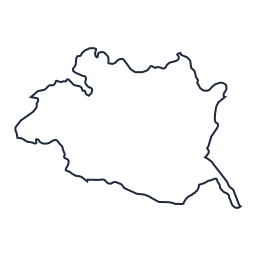 SVG path tracing the border of Évora
{"feature_id": "PRT-744", "entity_name": "Évora", "entity_type": "District", "adm_level": 1, "iso_a3": "PRT", "parent_name": "Portugal", "parent_adm1": "", "projection": "mercator", "projection_center": [-7.866, 38.601], "detail": "fine", "context": "isolated", "style": "outline", "palette": "slate", "viewbox_px": 256, "rotation_deg": 0, "n_neighbors": 0, "source": "natural_earth", "source_scale": "10m", "svg_char_len": 3754}
<svg xmlns="http://www.w3.org/2000/svg" viewBox="0 0 256 256"><path d="M224.7,97.2L218.1,102.6L217.9,103.3L216.6,105.8L216.1,107.2L215.1,113.6L214.8,117.9L214.9,119.8L215.1,121.3L215.8,122.5L216.8,123.0L217.7,123.7L218.1,125.1L217.3,127.7L211.2,136.7L208.5,146.1L207.1,148.3L208.8,150.8L208.6,152.9L207.2,155.0L205.1,157.3L207.1,158.3L211.3,161.4L226.8,181.4L227.4,182.5L228.4,185.0L229.0,186.1L230.0,187.2L232.5,189.1L233.3,189.9L239.2,205.1L240.6,206.4L240.0,206.7L239.1,207.4L237.6,207.9L235.5,207.7L233.7,206.5L232.4,205.2L231.1,202.5L230.7,201.1L229.1,197.3L228.9,196.0L228.5,194.7L227.6,193.8L223.8,192.0L220.8,189.0L220.1,187.7L219.9,186.3L219.5,184.9L218.9,183.6L218.2,182.6L217.6,181.8L217.3,181.1L217.2,180.2L217.0,179.7L216.6,178.9L215.5,178.7L214.4,178.8L210.6,180.4L209.7,180.4L208.4,180.8L203.7,183.4L199.1,184.7L198.8,185.9L198.7,187.2L198.0,189.0L197.0,190.7L195.5,191.8L195.0,192.7L192.6,193.9L192.4,194.5L188.2,196.7L185.7,199.3L183.8,202.4L183.5,203.7L181.9,204.0L175.3,203.9L172.1,202.8L169.2,202.2L159.6,202.0L157.5,201.3L148.2,196.0L144.3,194.6L136.9,193.8L124.5,188.2L121.2,184.2L116.9,182.5L115.6,182.1L114.0,182.0L110.7,183.7L109.5,183.7L108.1,183.3L106.6,182.1L104.8,180.2L104.1,179.8L102.0,179.5L98.7,179.9L87.8,179.7L87.3,181.4L81.7,177.1L79.0,176.1L77.7,176.1L76.3,175.9L75.0,175.4L71.9,173.6L69.9,172.0L66.7,170.7L65.8,170.3L65.8,168.8L68.2,164.6L68.7,161.3L68.0,159.8L66.9,159.0L64.8,158.1L64.1,157.0L64.1,156.0L64.7,155.4L64.8,154.3L62.8,149.1L62.7,148.0L62.5,147.4L62.5,147.2L61.8,146.0L59.8,144.0L57.0,140.5L55.7,139.9L53.0,140.5L49.6,142.7L47.5,143.5L43.3,143.6L41.5,142.9L40.1,142.0L39.3,141.1L38.8,140.1L37.8,139.4L36.4,139.2L35.9,139.9L36.1,140.9L36.4,142.1L36.2,143.0L35.3,143.6L31.7,142.4L27.4,141.8L21.8,138.4L17.4,137.8L16.6,133.2L16.1,131.8L15.5,130.5L15.4,128.8L15.5,127.3L20.8,120.5L33.0,111.9L35.4,109.0L36.5,107.3L36.8,104.9L36.7,103.7L38.2,100.7L37.9,98.8L37.0,98.2L30.9,97.1L37.9,91.1L44.4,89.8L45.9,88.7L48.9,85.6L50.5,85.2L52.1,85.4L53.3,85.1L54.1,84.6L54.7,83.9L55.4,82.9L55.7,81.8L56.1,80.9L57.0,80.8L59.6,81.8L61.5,82.0L63.2,81.3L64.6,81.3L65.4,81.5L66.2,81.0L66.5,80.1L67.2,79.3L68.1,79.3L69.1,80.0L73.1,84.2L74.4,85.2L79.0,86.1L80.5,86.7L81.4,87.7L82.0,88.8L82.2,89.9L82.7,90.7L83.6,90.8L84.3,90.6L85.0,91.1L85.8,93.4L86.4,94.4L88.8,95.7L91.4,93.2L92.2,90.6L91.9,88.9L91.0,87.9L89.7,87.4L88.6,87.2L86.2,84.6L85.3,83.0L85.3,81.5L86.1,78.3L85.4,76.9L84.8,76.3L83.0,76.0L75.4,72.6L74.4,71.9L73.2,70.9L72.9,69.4L73.4,68.1L74.3,67.1L75.1,65.9L75.7,64.3L76.0,62.3L76.1,59.2L76.6,57.5L77.3,56.3L78.0,56.1L80.0,56.0L80.9,55.3L82.2,53.0L85.1,50.3L87.5,49.3L88.6,48.6L89.7,48.3L93.8,48.1L96.0,49.0L96.0,50.0L95.6,51.1L95.0,53.7L95.7,56.2L96.7,57.3L97.5,57.0L97.9,55.9L97.9,54.7L98.2,53.7L98.3,53.3L98.4,53.1L98.6,53.0L100.3,52.3L102.5,52.0L103.8,52.4L104.6,52.8L104.7,53.0L108.0,56.5L108.4,58.1L108.5,60.9L108.4,63.0L108.9,63.4L112.4,63.9L113.7,63.6L114.9,63.0L116.0,62.1L116.8,61.0L119.2,59.3L122.3,58.8L124.0,60.0L130.6,69.1L134.8,72.0L136.3,72.2L137.9,72.2L139.2,72.1L142.3,72.2L147.0,70.5L148.5,69.0L150.8,66.1L152.0,66.2L154.2,67.5L155.4,67.9L156.9,67.1L158.3,67.1L159.8,67.3L163.0,68.6L164.2,68.4L165.0,68.0L165.6,67.3L166.3,66.0L167.3,64.5L169.4,62.8L171.5,62.1L174.6,61.4L176.8,60.5L178.2,59.5L178.8,58.3L178.8,57.0L178.3,56.0L177.2,54.5L179.2,53.1L179.9,53.1L180.3,53.1L180.5,53.1L181.2,54.9L187.1,57.3L189.4,59.6L190.4,61.5L190.7,64.8L191.1,65.9L191.2,67.9L194.4,70.8L195.5,74.6L195.9,77.0L198.0,80.1L197.2,83.0L198.2,84.4L200.1,88.0L201.5,89.2L203.6,90.6L206.2,90.6L206.9,90.8L209.1,90.1L212.0,86.9L215.2,84.3L219.6,82.8L222.2,82.7L224.0,83.5L225.8,84.7L226.3,86.0L226.4,88.6L226.2,89.8L224.0,93.2L223.7,94.2L223.6,95.9L224.6,97.2L224.7,97.2Z" fill="none" stroke="#1e293b" stroke-width="2"/></svg>